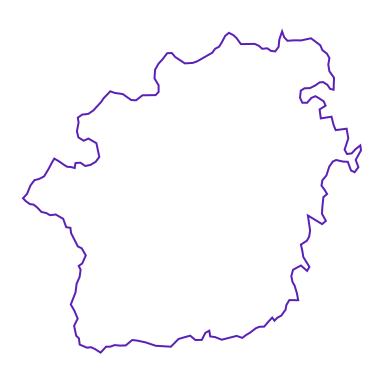 Carlópolis, Paraná, Brazil (Equal Earth projection)
{"feature_id": "56859067B22086314964615", "entity_name": "Carlópolis", "entity_type": "district", "adm_level": 2, "iso_a3": "BRA", "parent_name": "Brazil", "parent_adm1": "Paraná", "projection": "equal_earth", "projection_center": [-49.704, -23.457], "detail": "fine", "context": "isolated", "style": "outline", "palette": "violet", "viewbox_px": 384, "rotation_deg": 0, "n_neighbors": 0, "source": "geoboundaries", "source_scale": "gbopen_adm2", "svg_char_len": 2607}
<svg xmlns="http://www.w3.org/2000/svg" viewBox="0 0 384 384"><path d="M327.1,194.0L324.7,190.0L321.5,185.6L322.4,180.2L326.4,175.5L329.2,166.8L332.7,161.6L336.1,160.0L343.1,161.6L347.8,161.8L351.0,170.5L354.6,172.2L358.4,167.2L355.7,159.9L361.0,150.3L360.3,145.4L355.5,149.2L351.7,153.4L347.0,154.0L344.6,149.6L348.3,138.4L346.6,128.7L341.3,129.4L335.7,130.1L333.6,125.0L331.5,116.7L320.8,118.4L319.6,109.4L325.6,105.7L323.8,101.4L318.5,97.9L315.4,96.2L311.4,97.9L307.1,102.8L302.3,102.7L300.0,97.7L300.8,90.6L304.5,88.3L309.9,88.1L315.4,85.4L319.6,82.4L323.1,82.1L327.4,84.8L330.1,88.9L333.6,89.7L334.0,77.7L329.4,71.3L328.3,64.6L329.4,58.0L326.8,53.5L322.4,50.2L320.3,45.3L316.2,42.2L311.0,38.3L301.2,40.4L294.0,40.3L287.5,40.8L284.2,37.3L282.1,31.4L279.3,39.6L278.6,46.9L275.2,51.4L271.0,50.9L267.3,48.3L262.2,48.8L258.9,45.8L254.7,43.9L240.9,44.1L236.6,38.2L233.5,35.2L228.9,32.8L225.2,35.9L221.6,42.7L219.1,46.7L215.1,48.8L212.3,52.7L197.2,61.3L192.8,62.9L184.9,63.4L175.2,57.0L171.8,53.0L167.2,53.2L162.3,59.6L158.6,63.6L155.1,69.7L154.5,78.4L158.6,85.3L158.6,92.0L155.6,95.1L142.5,95.3L136.0,100.3L131.2,100.0L122.8,94.1L114.6,92.9L110.3,91.3L103.7,98.2L101.2,101.9L93.4,110.4L88.3,113.9L82.2,114.6L77.8,117.7L78.6,122.5L76.9,131.3L78.4,137.4L83.7,140.7L88.5,138.6L96.4,143.2L99.3,156.9L95.7,161.8L90.5,164.9L85.3,166.0L80.4,162.7L75.5,163.0L74.7,168.0L70.8,167.0L67.2,166.8L64.1,164.9L59.4,161.6L54.3,158.6L52.2,162.1L48.6,168.9L44.1,176.4L39.2,178.9L34.4,180.2L30.4,185.6L27.1,193.8L23.0,198.3L26.0,201.3L29.9,204.1L33.6,204.6L36.9,207.2L41.4,211.9L46.4,213.1L50.1,215.2L55.7,214.5L63.2,218.8L66.2,227.2L70.4,227.8L71.1,233.2L75.2,241.2L77.8,246.4L81.7,248.3L85.8,255.4L82.2,263.5L78.7,265.9L80.6,269.7L79.6,277.0L76.6,283.8L75.5,292.5L70.8,304.5L74.3,310.6L77.7,318.6L74.1,325.8L76.2,335.8L78.9,338.3L79.7,344.6L87.0,347.7L91.0,347.2L94.7,348.9L100.6,352.6L106.1,346.7L110.2,346.7L114.6,345.1L120.3,345.6L125.8,345.4L132.2,340.0L137.2,340.6L145.3,342.3L155.8,345.8L170.9,346.7L178.5,339.0L183.9,337.4L190.2,335.7L195.4,340.0L201.8,339.9L205.4,332.8L209.3,330.7L210.2,336.4L215.1,337.1L221.7,339.7L236.7,335.9L242.3,337.9L246.1,335.0L249.9,332.8L255.9,328.2L259.4,326.8L264.2,326.6L268.4,321.7L272.2,317.6L274.5,320.7L277.5,317.6L281.2,315.7L285.6,309.6L286.3,305.2L289.3,300.1L298.2,300.2L296.9,293.2L294.7,285.9L292.5,281.9L291.3,276.1L293.1,269.7L300.9,265.5L307.1,270.9L309.4,266.9L303.3,257.0L302.4,251.2L300.9,244.6L306.9,240.7L309.2,236.5L310.1,230.5L307.9,215.5L322.1,224.1L325.9,220.9L322.0,213.8L322.3,207.7L323.4,197.1L327.1,194.0Z" fill="none" stroke="#5b21b6" stroke-width="2"/></svg>